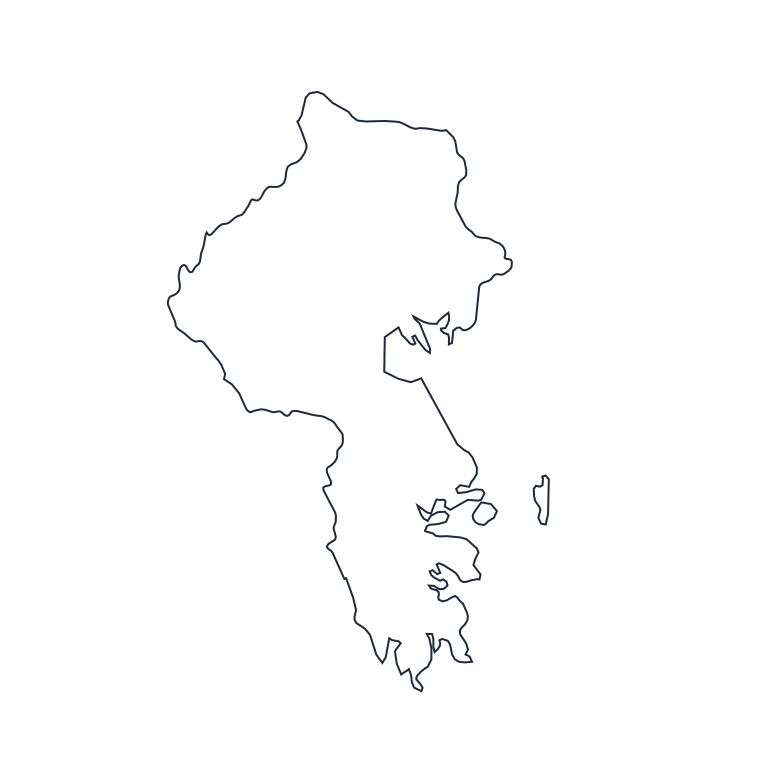 map outline of Galway (Albers equal-area conic projection), rotated 246°
{"feature_id": "IRL-713", "entity_name": "Galway", "entity_type": "County", "adm_level": 1, "iso_a3": "IRL", "parent_name": "Ireland", "parent_adm1": "", "projection": "albers", "projection_center": [-9.136, 53.343], "detail": "fine", "context": "isolated", "style": "outline", "palette": "slate", "viewbox_px": 768, "rotation_deg": 246, "n_neighbors": 0, "source": "natural_earth", "source_scale": "10m", "svg_char_len": 6160}
<svg xmlns="http://www.w3.org/2000/svg" viewBox="0 0 768 768"><g transform="rotate(246 384 384)"><path d="M404.8,471.3L404.8,469.1L393.8,462.8L393.8,459.4L399.9,462.2L403.3,462.8L406.4,459.3L409.4,458.0L411.5,458.5L410.1,462.8L412.8,466.4L415.6,469.1L418.9,470.9L422.9,471.8L420.5,462.7L419.2,459.4L417.4,456.7L420.8,449.9L425.0,445.1L433.8,438.4L431.0,438.5L426.0,440.7L423.8,441.2L397.5,440.4L393.7,438.5L398.4,435.6L410.5,432.5L415.6,432.1L415.6,429.1L408.2,429.1L408.2,426.4L410.7,424.1L417.5,422.0L421.1,420.3L429.8,420.3L426.5,403.8L395.1,389.2L383.1,399.1L374.7,409.3L374.0,420.3L299.2,426.4L290.8,430.5L286.9,433.5L280.9,435.0L269.9,434.9L264.2,432.2L261.2,428.1L258.9,423.8L255.4,420.0L260.6,412.4L258.7,407.2L254.2,407.3L251.7,415.4L250.4,425.0L247.3,430.7L243.2,431.3L238.9,425.9L239.0,422.7L244.1,413.5L242.1,393.4L247.4,389.7L250.9,392.0L252.8,392.4L253.9,391.5L255.6,387.3L256.4,386.4L257.1,384.8L246.5,374.2L249.4,370.9L259.4,365.2L249.8,364.7L245.1,365.4L241.1,368.1L244.6,373.4L245.0,381.1L242.6,387.6L237.5,389.6L232.8,384.6L234.1,376.3L236.8,368.5L236.7,365.0L235.2,364.1L234.1,362.5L233.0,361.7L231.3,363.4L227.6,368.0L224.4,369.4L222.2,372.8L219.3,379.8L212.9,391.2L208.7,396.3L196.1,401.9L191.8,401.9L187.4,396.6L182.3,392.1L170.7,394.7L166.6,391.7L167.7,390.0L169.1,384.3L169.7,379.3L170.7,376.1L172.6,374.4L174.9,373.7L178.5,373.6L182.9,372.3L193.8,365.1L197.8,361.4L197.8,358.7L188.6,358.6L188.7,355.3L194.2,352.6L194.3,349.5L190.3,349.5L187.4,350.7L181.4,355.2L181.6,358.4L178.0,360.6L174.0,360.1L172.6,355.1L174.0,351.1L179.2,347.5L181.6,343.1L178.2,343.6L176.1,345.8L174.3,348.2L171.6,349.3L169.2,348.4L167.0,346.7L164.6,346.4L161.6,349.2L160.8,353.5L161.5,358.6L161.5,362.6L158.7,364.3L155.7,364.8L151.2,366.8L140.7,366.8L137.2,365.9L134.2,364.0L131.5,360.3L130.0,356.3L128.1,353.1L124.4,351.8L113.7,353.5L107.4,352.8L103.7,348.5L101.5,350.5L99.3,351.4L94.4,351.4L96.9,344.3L99.8,339.5L103.7,336.8L109.2,336.2L119.3,338.4L123.3,337.9L127.3,333.7L127.4,330.3L124.3,329.9L121.8,328.2L119.9,325.2L118.5,321.2L124.2,322.3L130.7,325.3L136.0,326.3L138.3,321.4L133.1,321.9L123.2,319.8L113.2,315.3L107.8,308.9L107.6,306.0L106.2,300.8L104.0,295.6L101.6,293.4L93.9,295.4L90.8,295.7L88.2,293.2L94.4,288.0L100.5,288.2L106.8,290.3L113.5,290.8L112.9,288.8L112.1,283.7L111.6,281.6L123.3,281.9L135.1,285.2L136.6,287.0L140.4,293.9L143.0,292.7L146.7,287.2L149.6,285.4L133.7,274.5L129.8,269.0L139.9,266.9L160.4,269.2L167.9,267.2L177.0,261.5L180.6,261.2L183.3,262.4L188.8,266.5L201.4,268.9L222.0,270.4L222.0,268.5L251.0,268.4L253.1,267.9L255.4,266.3L257.1,265.7L258.7,265.7L260.2,267.6L260.8,269.6L261.5,275.1L262.2,276.4L263.3,277.4L264.8,278.0L272.0,279.1L273.1,279.5L274.7,280.8L277.6,283.8L283.0,286.4L286.3,287.1L311.4,285.5L314.1,286.4L314.4,288.0L314.4,289.5L313.6,292.8L313.8,294.2L314.6,295.3L316.9,295.9L326.6,295.9L329.1,296.9L330.5,298.3L331.4,303.3L332.1,305.3L333.1,307.6L334.9,310.2L337.2,312.0L341.1,313.7L342.2,314.7L343.2,316.3L345.0,320.3L347.0,322.3L349.6,323.7L354.2,325.5L356.1,325.6L364.6,323.5L366.6,323.3L368.9,322.8L371.4,321.6L377.6,316.5L379.9,314.0L384.1,307.2L394.6,293.7L396.1,290.6L396.4,288.3L394.7,285.8L394.2,284.4L394.2,282.8L395.1,281.4L396.6,280.4L399.5,279.1L401.3,277.8L402.3,275.1L402.6,273.0L403.6,270.8L408.6,265.2L410.1,262.9L411.0,260.9L412.1,255.9L412.6,250.4L414.2,249.0L417.0,248.0L434.5,247.9L445.5,244.9L453.6,239.8L457.7,243.0L467.7,243.2L473.6,242.1L474.9,241.5L495.6,236.1L497.8,234.1L498.4,232.8L499.2,229.4L500.7,227.8L503.1,226.1L511.7,222.1L518.0,218.2L520.4,217.6L522.3,217.5L525.5,218.5L543.4,218.9L544.9,219.2L546.7,219.9L549.0,221.6L550.2,223.0L550.8,224.6L550.7,228.7L551.2,231.8L552.6,234.5L554.8,236.5L557.5,237.8L564.5,239.7L566.7,240.7L571.4,243.8L572.8,245.2L573.6,246.4L574.1,247.7L574.2,249.1L573.6,250.3L572.2,251.0L566.9,251.5L565.5,252.0L564.6,253.0L564.5,254.5L567.2,258.5L568.0,260.2L568.4,261.8L569.2,263.9L570.8,265.8L577.1,269.6L583.5,275.4L593.3,282.1L594.5,283.7L592.2,284.1L591.2,284.7L590.9,286.2L591.2,287.7L594.8,296.1L595.7,299.5L595.8,300.9L594.5,305.6L594.4,307.2L594.6,309.0L596.1,314.0L596.7,316.7L596.9,318.4L596.5,321.8L596.6,323.6L598.2,326.9L602.3,333.1L605.1,336.3L605.9,337.4L606.2,338.5L605.6,339.6L603.7,341.7L603.2,343.1L603.3,345.2L604.3,347.4L608.3,352.5L609.3,354.2L610.5,357.0L610.8,358.6L610.6,360.0L608.5,364.2L607.4,367.0L607.2,369.0L607.4,371.1L608.3,374.1L610.1,376.1L612.7,378.1L617.6,381.0L619.9,382.8L621.5,384.4L622.3,387.2L622.5,388.5L622.1,394.7L622.7,397.2L623.9,400.2L627.4,405.5L629.6,407.7L631.5,409.4L634.4,410.5L649.7,411.6L659.1,411.7L659.4,413.3L663.0,418.0L677.5,429.0L679.8,434.3L677.9,442.0L673.2,446.6L661.7,451.4L647.0,462.3L640.9,463.8L635.5,466.9L631.2,474.2L624.0,491.6L619.7,499.9L617.6,503.7L615.0,506.6L607.7,512.5L605.4,515.0L604.1,517.1L603.3,520.6L600.1,526.9L591.7,539.8L590.6,544.1L581.1,547.7L576.6,547.8L565.9,545.0L563.4,545.4L561.1,546.4L558.2,548.1L555.1,548.3L546.0,546.2L541.3,543.9L539.9,541.3L539.1,538.2L537.9,534.8L534.9,532.1L528.8,529.1L519.7,522.5L516.9,521.6L513.6,521.2L494.7,522.6L491.7,523.6L487.2,526.1L482.5,527.5L481.2,528.5L479.3,530.7L477.6,533.3L476.2,536.1L474.6,538.6L473.7,539.7L469.1,543.0L465.3,546.7L462.0,548.4L459.5,548.8L456.5,548.8L454.3,548.1L452.5,547.1L450.6,545.6L449.3,545.9L448.3,547.0L447.4,548.7L445.7,550.4L444.3,550.5L442.9,550.2L438.9,548.0L437.9,546.6L436.8,543.8L435.8,538.9L435.8,536.7L436.3,535.3L438.4,531.8L438.7,530.3L438.4,528.8L437.9,527.4L436.4,524.9L435.9,523.3L435.7,521.7L435.8,519.9L436.2,516.5L436.2,514.8L435.8,513.2L435.2,511.8L434.2,510.6L405.3,494.1L403.4,492.3L402.5,491.2L401.2,488.6L400.2,485.6L399.9,483.8L399.9,482.0L400.1,480.3L400.6,478.8L401.4,477.7L404.4,476.5L405.1,475.5L405.4,474.5L405.6,471.9L404.8,471.3ZM233.2,490.9L234.0,490.5L235.1,491.0L234.7,494.4L229.9,495.8L198.5,481.0L189.9,474.6L192.6,470.7L198.9,470.6L205.6,475.8L208.9,475.9L215.4,474.6L220.4,475.4L227.2,478.1L229.2,481.4L226.8,484.6L227.0,487.6L233.2,490.9ZM229.9,413.8L236.3,424.7L230.9,432.8L221.9,435.5L217.1,430.0L216.3,423.6L214.9,420.3L214.6,417.8L217.3,413.7L220.3,411.4L224.1,410.6L227.6,411.4L229.9,413.8Z" fill="none" stroke="#1e293b" stroke-width="2"/></g></svg>